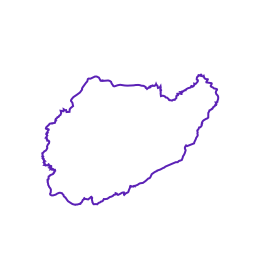 the district of Enrekang, Sulawesi Selatan, Indonesia, rotated 248°
{"feature_id": "22746128B73854324401708", "entity_name": "Enrekang", "entity_type": "district", "adm_level": 2, "iso_a3": "IDN", "parent_name": "Indonesia", "parent_adm1": "Sulawesi Selatan", "projection": "robinson", "projection_center": [119.876, -3.532], "detail": "fine", "context": "isolated", "style": "outline", "palette": "violet", "viewbox_px": 256, "rotation_deg": 248, "n_neighbors": 0, "source": "geoboundaries", "source_scale": "gbopen_adm2", "svg_char_len": 5751}
<svg xmlns="http://www.w3.org/2000/svg" viewBox="0 0 256 256"><g transform="rotate(248 128 128)"><path d="M169.5,75.4L168.2,75.0L167.7,74.5L169.2,72.0L167.0,71.7L165.4,70.3L165.2,68.9L164.4,68.0L164.3,67.5L164.5,66.7L163.9,66.0L163.5,64.5L163.1,64.0L162.6,64.0L162.3,63.7L162.1,63.9L161.9,63.4L161.3,63.3L160.9,62.6L160.2,62.2L160.4,60.7L160.7,60.1L160.5,59.4L160.7,58.9L161.0,58.8L161.3,56.9L160.7,56.1L159.3,52.5L158.4,51.7L157.7,51.9L157.3,53.1L156.4,53.9L156.0,53.8L155.2,52.4L154.7,51.9L154.0,51.7L153.7,51.0L153.8,50.7L153.6,50.4L153.2,50.4L153.0,50.0L152.8,50.1L152.8,50.5L152.5,50.1L152.2,50.3L151.6,50.1L151.2,50.3L149.7,48.1L149.1,48.9L148.3,48.5L148.1,48.7L147.6,48.5L147.3,48.8L146.5,48.4L145.8,49.7L145.3,49.7L145.1,49.9L144.7,49.8L143.4,49.0L142.8,47.6L141.1,45.9L139.7,45.7L138.6,44.5L137.9,43.4L137.7,41.6L137.0,40.4L136.7,39.1L136.1,39.2L135.6,38.8L134.7,38.7L134.4,38.4L133.5,38.6L133.5,38.1L133.0,38.3L132.2,37.5L131.6,38.0L131.5,37.7L131.2,37.6L130.3,37.8L130.1,38.1L129.6,38.0L129.0,38.3L129.1,38.0L128.7,37.6L128.4,37.5L128.0,37.7L127.7,37.1L127.5,37.3L127.4,37.7L126.7,37.3L126.3,37.4L126.1,36.9L125.2,37.1L125.0,36.6L124.7,37.1L124.2,37.5L124.4,38.0L123.6,39.0L123.6,39.6L123.4,39.9L123.9,40.3L124.1,40.8L123.8,40.9L123.3,40.6L121.8,40.8L122.2,41.6L121.6,42.4L121.2,42.1L121.0,41.3L120.5,42.0L119.9,41.4L119.8,41.1L119.2,41.1L118.9,40.8L118.9,41.3L119.2,41.7L119.5,41.4L119.4,41.8L119.0,42.1L118.7,41.6L118.6,41.8L118.6,42.4L118.3,42.5L118.2,41.9L117.9,41.8L117.6,42.3L117.7,43.3L117.0,43.5L116.6,44.6L115.8,44.5L115.8,43.9L115.4,43.8L115.5,43.6L114.8,43.1L114.2,42.2L114.0,42.3L113.4,41.2L113.4,38.1L112.9,37.4L112.8,36.3L112.4,36.0L110.6,35.4L110.3,34.1L110.0,33.9L109.3,33.7L108.9,33.9L108.1,33.2L106.9,33.2L105.0,32.7L103.9,32.9L103.1,32.8L101.0,33.4L99.7,33.4L97.2,32.2L96.2,31.1L95.8,31.0L95.3,31.0L94.7,31.4L94.1,32.0L93.6,33.2L93.3,36.0L93.7,37.8L93.7,40.0L93.2,41.1L92.2,42.4L91.1,42.6L90.1,43.1L88.9,42.9L88.3,43.1L87.1,43.9L86.5,43.9L85.8,44.3L85.0,44.3L82.5,45.0L78.3,48.0L76.5,50.4L76.6,51.1L76.1,52.0L75.9,53.8L75.5,55.4L76.2,55.9L76.2,56.6L76.8,57.7L78.2,59.1L78.5,61.4L80.2,60.8L78.5,61.5L76.7,64.3L77.2,65.8L77.4,66.8L77.9,67.6L77.9,68.3L76.6,68.6L75.3,67.7L73.1,67.4L72.7,67.2L70.7,67.4L70.2,67.6L69.4,70.0L68.8,70.9L69.6,72.7L69.5,73.9L69.6,74.8L69.9,75.3L69.7,76.6L69.9,77.4L71.2,79.0L70.7,79.9L70.1,82.3L70.8,85.3L70.6,86.7L70.7,88.5L71.3,89.7L71.1,91.5L71.3,92.1L71.8,91.9L72.2,92.1L71.3,93.1L70.1,93.2L69.7,93.8L69.9,96.3L70.2,98.1L70.1,99.1L69.8,100.1L69.2,100.1L68.6,99.6L67.7,99.3L67.4,99.4L68.3,101.6L68.3,103.6L68.7,104.5L69.9,105.4L72.1,107.6L72.8,107.9L73.4,108.5L73.1,109.0L72.3,109.4L72.3,110.0L71.7,110.9L72.1,111.7L71.9,112.4L71.5,112.6L71.7,112.8L71.7,115.7L72.1,117.1L72.2,118.5L71.5,121.3L72.3,124.5L73.6,128.0L73.4,129.2L73.9,130.2L76.3,132.7L77.1,136.0L77.3,137.7L77.2,138.5L77.6,139.1L77.4,142.3L77.8,146.0L77.7,146.8L78.2,148.2L78.4,159.5L77.7,161.3L78.3,162.6L78.4,163.5L78.2,163.8L78.2,165.9L80.0,167.6L81.1,168.3L82.1,169.8L83.3,171.1L85.6,173.0L86.6,173.2L87.2,173.0L88.0,173.2L88.5,173.4L89.5,174.3L89.7,175.1L90.0,175.4L89.1,175.9L89.0,183.5L90.0,184.2L92.4,186.8L93.2,187.4L94.8,189.7L95.7,190.1L97.0,190.3L97.7,190.9L99.5,191.2L99.9,191.5L100.2,192.5L101.9,194.2L101.6,195.4L102.6,197.2L103.4,197.7L103.8,197.6L104.1,198.0L104.4,198.1L104.4,198.4L104.6,198.6L105.3,198.6L106.3,199.8L106.8,201.0L107.2,203.6L107.2,205.2L107.6,206.3L111.9,208.1L113.2,209.7L113.8,210.0L114.0,212.3L114.4,212.8L114.2,213.4L115.6,215.2L115.6,216.3L116.4,217.3L116.3,218.0L117.0,218.0L117.2,219.0L118.8,218.9L118.5,219.6L118.8,220.0L118.7,220.6L119.7,221.2L121.1,222.4L122.3,223.0L123.7,223.4L125.1,223.1L126.2,222.6L128.1,222.7L129.2,223.5L130.1,224.9L130.6,225.0L131.5,224.1L132.5,222.5L133.5,222.1L135.3,220.5L136.0,220.4L137.6,222.2L138.3,222.2L140.9,217.8L141.3,217.8L142.6,219.6L143.1,220.2L143.4,220.2L143.9,218.9L145.0,217.8L146.0,217.5L147.9,217.7L147.6,217.0L148.4,216.1L148.8,215.3L149.5,215.5L149.9,215.9L150.1,215.8L150.2,215.3L150.0,214.9L149.9,213.9L150.4,213.6L150.6,213.2L150.3,212.9L149.7,212.6L149.5,211.5L148.9,210.8L147.6,210.0L147.2,209.9L146.1,210.7L145.0,210.1L143.6,207.4L143.6,206.8L144.3,206.0L143.1,205.6L142.2,204.4L142.1,203.3L142.9,203.1L143.2,202.6L143.0,202.1L142.4,201.9L142.1,201.2L142.4,198.8L142.2,196.6L141.4,195.6L141.8,194.9L141.8,194.4L141.4,193.5L141.5,192.6L141.0,192.0L141.6,191.6L141.4,190.8L141.6,190.3L140.9,190.6L139.5,190.3L139.6,190.0L140.5,189.5L141.2,186.7L140.6,186.7L140.1,187.0L139.8,186.8L139.6,186.1L139.8,185.3L139.4,184.7L137.6,184.0L136.9,182.0L136.6,181.8L137.2,180.6L136.9,179.1L137.9,177.7L138.2,176.9L138.5,176.6L139.3,176.6L141.1,175.8L141.6,175.5L142.2,174.4L143.5,174.0L144.3,173.2L144.9,172.4L145.2,170.5L147.9,171.2L149.0,171.8L150.0,172.0L150.7,172.9L151.3,172.8L151.5,172.4L153.3,173.5L154.5,173.8L153.8,172.9L153.9,170.8L156.3,171.1L157.5,170.5L158.2,170.5L157.4,169.8L157.4,168.8L157.1,168.5L157.3,167.9L157.5,167.8L157.7,166.9L158.2,166.7L158.1,166.0L158.3,165.6L158.4,164.8L158.1,164.5L158.2,163.9L157.4,163.9L157.4,163.0L157.8,162.5L157.5,161.7L157.4,161.2L157.1,160.3L157.6,160.2L158.5,159.5L159.4,159.7L161.2,158.3L162.2,156.3L163.4,154.9L164.1,153.6L165.0,151.1L165.4,149.3L167.5,143.3L168.7,140.8L171.0,136.9L171.5,134.5L171.7,131.1L172.1,130.4L172.7,130.0L173.5,130.0L175.3,129.5L177.1,129.6L178.5,128.7L179.5,127.4L181.1,122.3L181.3,121.8L181.7,122.0L182.1,120.3L185.6,119.9L187.4,118.3L188.1,116.6L187.8,111.7L188.6,109.9L188.4,109.1L186.4,107.6L185.8,106.2L182.5,100.9L181.7,100.1L180.8,99.8L178.9,96.7L178.0,93.1L177.1,88.9L176.0,86.8L175.1,85.6L174.5,85.3L172.2,85.9L168.9,85.3L168.0,82.3L167.2,81.0L164.9,79.8L165.8,77.0L167.7,77.3L167.8,76.6L169.5,75.4Z" fill="none" stroke="#5b21b6" stroke-width="2"/></g></svg>